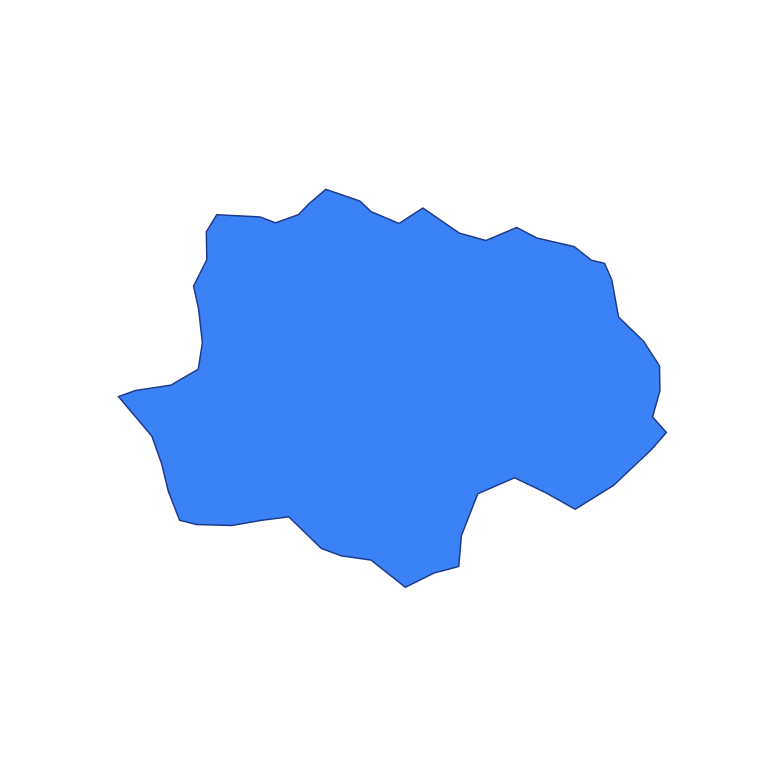 outline of Sjöbo, Skåne, Sweden, rotated 224°
{"feature_id": "70781695B31496650101497", "entity_name": "Sjöbo", "entity_type": "district", "adm_level": 2, "iso_a3": "SWE", "parent_name": "Sweden", "parent_adm1": "Skåne", "projection": "albers", "projection_center": [13.784, 55.677], "detail": "fine", "context": "isolated", "style": "filled", "palette": "blue", "viewbox_px": 768, "rotation_deg": 224, "n_neighbors": 0, "source": "geoboundaries", "source_scale": "gbopen_adm2", "svg_char_len": 855}
<svg xmlns="http://www.w3.org/2000/svg" viewBox="0 0 768 768"><g transform="rotate(224 384 384)"><path d="M566.3,190.5L514.7,185.2L488.6,172.2L464.6,157.0L436.4,144.0L421.2,152.7L395.1,176.6L377.7,200.5L360.3,222.3L314.6,222.2L295.0,230.9L271.1,248.3L228.5,252.5L227.5,252.5L216.6,283.0L204.0,303.8L203.5,304.7L223.0,328.7L240.3,370.2L225.0,407.2L192.3,418.1L159.5,426.7L148.5,470.3L146.1,522.7L147.2,545.3L167.9,546.8L180.9,570.9L198.4,588.4L226.8,595.0L261.8,595.1L292.3,617.0L309.1,624.0L320.8,617.1L342.7,614.9L375.5,595.2L397.3,588.7L410.4,558.0L434.5,544.9L478.3,537.6L484.7,509.9L513.1,499.0L528.3,498.9L561.1,483.6L563.2,461.7L563.2,446.5L574.0,424.6L589.3,418.0L621.9,389.6L617.5,370.0L597.8,350.4L589.0,322.1L569.4,309.1L543.2,287.4L527.9,265.6L536.5,235.2L558.2,206.8L566.3,190.5Z" fill="#3b82f6" stroke="#1e3a8a" stroke-width="1.5"/></g></svg>